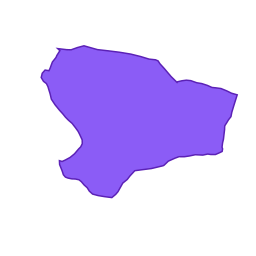 the border of Mizdah, rotated 105°
{"feature_id": "LBY-2976", "entity_name": "Mizdah", "entity_type": "Municipality", "adm_level": 1, "iso_a3": "LBY", "parent_name": "Libya", "parent_adm1": "", "projection": "albers", "projection_center": [13.169, 30.372], "detail": "fine", "context": "isolated", "style": "filled", "palette": "violet", "viewbox_px": 256, "rotation_deg": 105, "n_neighbors": 0, "source": "natural_earth", "source_scale": "10m", "svg_char_len": 1510}
<svg xmlns="http://www.w3.org/2000/svg" viewBox="0 0 256 256"><g transform="rotate(105 128 128)"><path d="M108.1,33.8L114.1,32.9L117.8,32.8L122.2,32.2L123.7,31.2L126.3,31.0L128.3,33.3L131.0,36.7L132.2,41.3L132.5,44.2L134.8,48.7L136.4,56.1L139.1,61.4L141.1,66.0L142.5,71.3L144.9,74.7L149.6,80.5L152.3,82.1L154.7,83.6L155.4,84.4L161.1,94.9L165.1,104.7L167.5,110.4L173.8,113.7L177.9,115.4L182.6,118.8L192.1,121.2L195.5,122.8L195.7,123.0L199.4,125.6L200.4,133.1L201.0,139.4L201.0,145.1L199.0,149.0L196.2,152.0L195.7,153.0L194.4,155.6L191.9,159.2L190.7,161.9L190.9,165.7L191.7,169.2L191.9,173.2L191.6,175.8L189.9,178.3L186.5,180.5L181.0,184.6L177.3,185.8L177.4,183.0L175.1,180.2L171.4,176.3L166.8,173.0L161.1,170.3L158.5,168.8L155.0,168.1L151.3,169.2L146.4,173.3L144.1,175.4L141.4,178.7L138.0,183.2L135.9,187.5L133.8,191.1L131.1,194.8L128.6,198.7L124.5,204.4L120.0,209.5L115.1,212.1L111.3,214.5L108.8,216.0L106.2,218.3L104.8,221.7L101.7,224.9L97.3,225.0L93.5,223.1L93.1,219.2L90.4,218.7L86.9,218.4L83.8,218.1L78.5,215.8L76.4,215.5L70.9,213.8L69.5,216.4L68.2,207.4L67.2,203.2L63.4,197.7L60.0,191.8L60.2,177.8L58.6,167.2L57.0,155.6L55.9,144.5L55.7,134.3L56.0,125.5L55.0,119.1L55.4,116.3L57.6,113.9L61.2,108.3L67.1,99.8L71.3,92.4L70.5,92.1L68.4,88.1L66.7,84.0L66.0,79.6L66.5,73.3L66.0,68.3L66.3,62.4L67.1,57.4L66.5,53.7L65.8,48.4L66.6,42.1L67.6,37.1L67.7,31.1L79.5,31.6L85.8,31.8L90.4,31.5L94.2,33.1L97.7,34.1L100.8,35.1L102.5,34.8L104.5,34.3L108.1,33.8Z" fill="#8b5cf6" stroke="#5b21b6" stroke-width="1.5"/></g></svg>